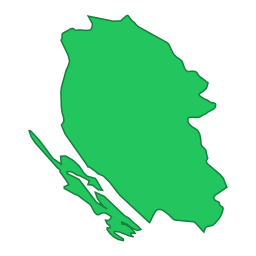 the border of Licko-Senjska
{"feature_id": "HRV-1584", "entity_name": "Licko-Senjska", "entity_type": "County", "adm_level": 1, "iso_a3": "HRV", "parent_name": "Croatia", "parent_adm1": "", "projection": "natural_earth1", "projection_center": [15.249, 44.713], "detail": "fine", "context": "isolated", "style": "filled", "palette": "green", "viewbox_px": 256, "rotation_deg": 0, "n_neighbors": 0, "source": "natural_earth", "source_scale": "10m", "svg_char_len": 3194}
<svg xmlns="http://www.w3.org/2000/svg" viewBox="0 0 256 256"><path d="M149.5,222.7L119.6,195.0L109.6,182.1L103.5,176.1L97.5,173.5L96.6,172.2L89.6,167.1L87.9,166.9L86.6,164.5L65.2,134.1L61.4,125.0L63.8,121.6L63.6,117.6L62.2,112.9L61.4,107.3L60.9,92.3L61.4,87.5L66.1,70.3L68.1,66.2L69.6,61.1L68.0,54.9L61.0,40.2L62.1,38.3L62.0,34.8L62.3,33.9L62.9,33.2L70.7,28.8L72.4,28.4L73.5,28.7L74.6,29.8L75.2,30.1L76.1,30.3L79.5,29.9L85.5,30.4L89.2,30.2L90.5,29.8L91.3,28.9L92.1,26.7L92.3,24.8L92.3,23.4L88.2,16.1L113.4,21.2L120.6,20.9L126.0,16.1L127.3,15.4L128.1,15.7L129.2,16.9L129.9,18.1L131.0,19.5L132.1,20.8L134.0,22.2L134.8,23.1L136.2,24.8L137.2,25.9L138.5,26.8L167.2,42.7L167.9,43.4L168.8,44.4L173.0,53.0L174.0,54.7L176.5,57.0L180.9,60.1L181.9,61.1L182.5,62.3L184.2,67.3L184.9,68.8L186.1,70.5L187.0,71.1L188.0,71.5L188.8,71.5L192.1,71.1L194.8,71.4L196.3,72.1L197.2,73.0L197.7,73.9L198.3,75.1L199.7,76.5L208.1,82.9L206.5,88.2L203.9,90.8L199.6,93.6L199.1,94.4L199.2,95.2L200.5,96.4L203.9,98.7L207.4,100.1L209.8,101.9L211.2,102.5L214.6,103.2L215.5,103.9L215.7,105.2L215.2,107.1L214.6,108.1L214.0,108.7L207.9,112.1L205.8,113.8L203.4,114.8L202.1,115.5L200.9,116.5L199.4,117.1L197.7,117.4L190.1,117.3L188.5,117.7L187.9,118.7L187.9,121.2L188.7,123.4L190.8,125.7L192.3,126.9L196.0,129.1L197.4,130.2L198.6,131.9L199.8,134.5L200.7,138.7L201.0,143.8L201.5,145.6L204.8,148.9L205.8,150.3L207.0,155.9L207.5,157.3L207.7,158.1L207.5,158.8L207.0,159.7L206.3,160.7L206.5,161.9L207.3,163.7L220.3,174.7L223.4,178.5L226.9,187.3L215.9,194.7L214.2,196.3L213.5,197.6L214.1,199.0L215.0,200.1L215.8,200.7L216.7,201.2L217.9,201.6L218.8,202.2L219.3,202.8L219.5,203.9L219.8,204.9L220.3,205.6L221.1,206.2L222.0,206.7L222.7,207.3L223.1,208.2L222.9,210.1L222.1,212.7L220.7,215.9L218.9,218.8L215.4,222.9L213.1,225.0L210.3,226.0L208.2,226.3L206.5,226.9L205.5,227.6L203.8,232.1L196.7,224.2L194.3,222.0L192.6,221.7L176.2,220.2L174.7,219.9L173.5,219.3L172.6,218.6L169.3,215.2L164.5,211.4L161.9,209.9L160.4,209.5L158.7,209.4L156.9,210.0L155.2,211.8L154.3,213.2L149.6,222.7L149.5,222.7ZM59.9,169.6L57.5,167.9L35.1,142.7L31.2,136.8L29.1,130.6L30.1,130.6L30.7,131.0L39.0,139.8L53.0,158.5L61.3,164.2L60.6,156.2L65.7,156.0L73.0,160.3L79.1,165.9L84.0,173.2L87.1,176.1L95.2,178.4L97.4,181.5L99.6,185.7L102.5,190.3L98.3,189.7L92.4,185.1L87.9,184.7L88.8,181.9L89.4,180.8L80.5,176.1L76.2,174.6L73.8,173.0L70.9,171.7L67.2,171.7L67.2,173.5L79.0,179.4L96.6,202.4L107.1,209.0L103.7,206.5L100.3,202.8L97.3,198.1L95.2,192.3L104.2,196.3L124.3,215.5L129.1,218.3L132.2,221.5L138.2,226.5L141.0,229.5L136.9,230.5L131.8,227.8L126.6,224.1L121.8,222.0L121.8,223.9L125.6,224.6L129.4,226.9L132.7,230.0L135.1,233.2L130.7,233.2L131.1,234.8L131.7,235.7L132.5,236.3L133.7,236.9L129.1,235.8L119.5,232.0L114.4,231.5L114.4,233.2L123.4,239.0L123.4,240.6L118.4,239.5L114.0,237.1L110.2,233.7L107.1,229.5L107.1,227.8L110.0,227.8L110.0,225.8L108.3,224.8L107.2,223.7L105.5,220.2L107.7,220.4L109.3,219.9L110.4,218.7L111.5,216.6L106.0,213.3L104.1,212.7L102.1,213.0L98.7,214.7L96.8,214.6L94.5,212.3L90.7,205.0L77.4,195.0L75.5,194.6L64.2,188.4L64.2,186.7L65.5,186.3L67.5,185.2L68.8,184.7L66.1,180.2L60.0,171.9L59.9,169.6Z" fill="#22c55e" stroke="#15803d" stroke-width="1.5"/></svg>